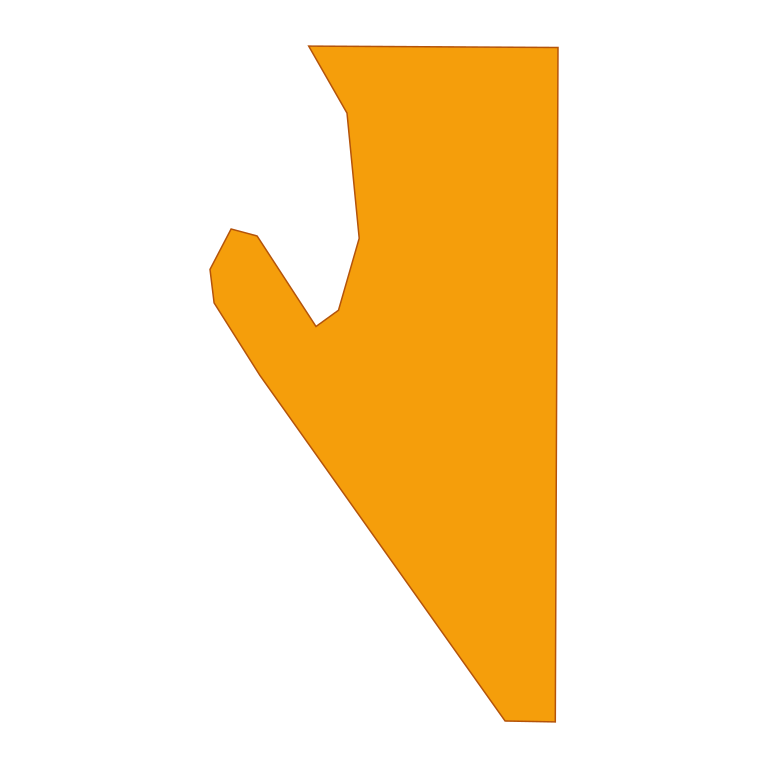 Pointe Noire, Equal Earth projection
{"feature_id": "COG-5855", "entity_name": "Pointe Noire", "entity_type": "Region", "adm_level": 1, "iso_a3": "COG", "parent_name": "Republic of the Congo", "parent_adm1": "", "projection": "equal_earth", "projection_center": [11.852, -4.798], "detail": "fine", "context": "isolated", "style": "filled", "palette": "amber", "viewbox_px": 768, "rotation_deg": 0, "n_neighbors": 0, "source": "natural_earth", "source_scale": "10m", "svg_char_len": 298}
<svg xmlns="http://www.w3.org/2000/svg" viewBox="0 0 768 768"><path d="M505.1,721.0L259.9,375.4L214.1,302.9L210.0,269.4L231.1,229.0L257.1,236.0L316.0,326.5L338.5,310.2L359.2,238.3L347.0,113.1L308.7,46.1L558.0,47.5L555.3,721.9L505.1,721.0Z" fill="#f59e0b" stroke="#b45309" stroke-width="1.5"/></svg>